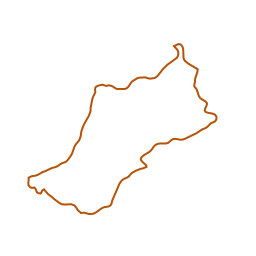 the border of Rivera, rotated 105°
{"feature_id": "URY-14", "entity_name": "Rivera", "entity_type": "Department", "adm_level": 1, "iso_a3": "URY", "parent_name": "Uruguay", "parent_adm1": "", "projection": "robinson", "projection_center": [-55.345, -31.483], "detail": "fine", "context": "isolated", "style": "outline", "palette": "amber", "viewbox_px": 256, "rotation_deg": 105, "n_neighbors": 0, "source": "natural_earth", "source_scale": "10m", "svg_char_len": 2512}
<svg xmlns="http://www.w3.org/2000/svg" viewBox="0 0 256 256"><g transform="rotate(105 128 128)"><path d="M74.4,70.7L78.6,67.9L80.2,66.3L81.1,64.3L82.3,59.8L83.7,58.1L85.8,57.9L88.5,58.4L90.9,58.6L92.4,57.3L92.6,54.8L92.2,49.5L92.7,47.1L94.4,45.4L96.7,44.9L99.0,45.5L102.1,49.2L106.1,51.5L107.9,53.0L110.3,56.1L115.5,60.7L123.6,70.1L125.2,72.5L125.8,74.7L126.2,79.3L126.9,81.5L128.2,82.8L131.8,85.2L133.1,87.2L134.5,92.6L135.5,94.9L137.2,97.0L139.1,98.2L143.4,99.8L145.4,101.1L150.6,106.0L152.8,107.4L154.4,107.7L155.9,106.9L157.3,104.8L159.4,100.6L160.8,100.1L162.8,102.6L164.5,105.7L167.3,109.5L170.5,112.7L174.9,114.9L176.3,116.3L177.6,118.0L179.0,119.5L180.5,120.5L183.8,121.8L201.9,124.4L205.7,124.4L207.4,125.0L208.8,126.4L210.7,130.5L212.0,132.3L217.7,137.0L219.3,138.7L220.6,141.1L221.1,143.4L221.2,148.7L222.3,151.5L221.8,152.3L220.3,155.4L219.9,155.9L219.1,156.4L218.1,157.6L217.1,159.1L216.5,160.4L216.4,163.5L218.3,169.2L218.8,172.4L218.2,174.7L215.6,181.3L214.1,184.1L212.7,187.9L209.0,193.3L210.7,194.7L212.5,195.0L213.9,195.5L214.2,197.7L213.6,199.4L210.8,201.5L209.7,203.1L210.8,205.2L210.4,207.5L208.8,209.4L206.3,210.2L204.0,210.5L201.7,211.1L200.1,209.3L199.3,208.1L198.0,205.1L196.6,203.0L192.6,199.0L190.8,196.4L186.3,191.1L184.4,187.7L182.7,185.8L179.8,183.4L179.3,182.9L177.2,179.8L176.8,179.3L176.3,178.9L173.8,177.6L169.1,175.9L167.7,175.5L159.3,174.8L157.1,174.1L153.0,172.2L151.3,171.8L147.9,171.6L143.3,172.2L136.6,171.6L125.9,168.9L122.7,168.6L121.1,168.6L118.4,169.3L108.8,170.0L105.8,169.6L102.7,168.9L101.9,168.9L101.2,169.0L99.4,169.8L98.7,169.9L98.0,170.0L97.2,169.9L96.3,169.4L95.5,168.6L94.3,166.9L93.3,164.9L92.8,163.7L92.8,162.9L93.0,160.6L92.9,159.9L92.7,159.3L92.0,158.2L91.8,157.6L91.6,156.9L91.6,156.1L91.7,154.4L92.0,152.9L93.0,150.1L93.1,149.3L93.1,148.6L93.0,147.9L92.5,146.6L91.5,142.4L91.0,141.1L90.4,140.0L89.7,139.4L88.7,138.7L86.6,137.8L83.0,136.6L82.2,136.2L81.4,135.6L77.8,132.2L77.3,131.6L77.0,131.1L76.6,130.2L76.3,129.7L74.7,124.7L74.6,123.9L74.8,121.4L74.7,119.8L74.5,119.2L74.0,117.9L72.9,115.5L72.5,114.9L71.9,114.3L70.0,112.9L62.1,109.5L56.9,106.5L47.9,99.2L47.3,98.9L45.7,98.5L43.6,98.5L42.8,98.7L41.0,99.4L39.6,100.7L37.0,104.8L36.0,103.5L34.3,101.6L33.9,100.9L33.7,100.1L33.7,99.4L33.8,98.6L34.3,97.7L35.1,96.7L36.6,95.6L38.1,94.9L45.7,92.6L47.1,91.8L48.2,90.7L49.5,88.0L50.3,86.1L53.2,75.9L55.9,75.5L63.1,75.9L66.5,75.2L69.2,75.2L70.2,74.9L71.1,74.2L71.6,73.5L72.0,72.8L72.7,71.9L74.4,70.7Z" fill="none" stroke="#b45309" stroke-width="2"/></g></svg>